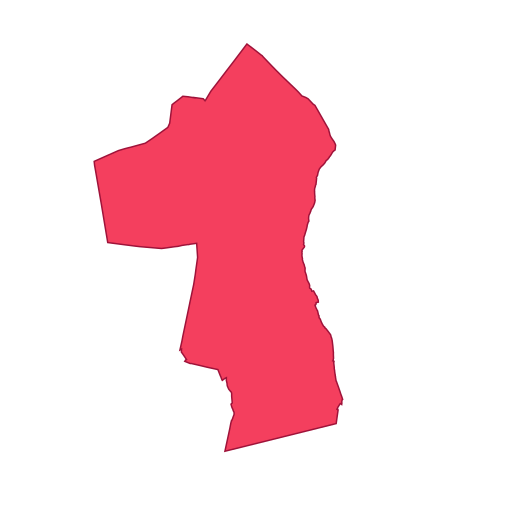 outline of Ermelo, Gelderland, Netherlands, rotated 238°
{"feature_id": "6326949B64614407924270", "entity_name": "Ermelo", "entity_type": "district", "adm_level": 2, "iso_a3": "NLD", "parent_name": "Netherlands", "parent_adm1": "Gelderland", "projection": "albers", "projection_center": [5.638, 52.286], "detail": "fine", "context": "isolated", "style": "filled", "palette": "rose", "viewbox_px": 512, "rotation_deg": 238, "n_neighbors": 0, "source": "geoboundaries", "source_scale": "gbopen_adm2", "svg_char_len": 5860}
<svg xmlns="http://www.w3.org/2000/svg" viewBox="0 0 512 512"><g transform="rotate(238 256 256)"><path d="M71.4,235.2L76.2,239.2L82.0,244.1L83.1,243.4L83.4,243.8L83.3,244.0L83.4,244.3L83.7,244.5L84.1,244.9L84.3,245.1L84.6,245.9L85.4,247.4L85.5,247.7L85.7,248.2L85.9,248.7L86.1,249.0L86.2,249.3L85.6,249.7L85.0,249.9L84.7,250.0L85.5,250.7L87.1,251.6L87.4,251.9L87.5,252.0L87.9,252.4L88.4,252.8L88.4,253.0L88.5,253.4L88.5,253.5L91.3,254.2L92.7,254.5L94.3,254.8L95.7,255.2L99.2,256.0L101.3,256.5L103.2,256.9L107.3,257.8L107.6,257.7L108.5,258.1L109.5,258.5L110.1,258.8L110.9,259.1L111.6,259.5L112.3,259.7L113.5,260.3L115.1,260.9L115.4,261.1L115.7,261.2L115.8,261.2L116.3,261.5L116.5,261.6L117.1,261.9L117.3,262.0L117.8,262.2L119.3,262.8L119.8,263.2L124.8,265.6L124.9,266.1L125.1,266.2L125.6,266.0L125.8,265.9L125.9,266.1L126.0,266.2L126.4,265.8L126.5,266.2L126.6,266.3L127.2,266.6L127.7,267.0L128.0,267.4L128.2,267.6L128.7,267.8L129.2,268.2L129.7,268.4L131.4,269.4L131.9,269.7L132.4,270.0L132.6,270.2L132.8,270.3L133.1,270.5L134.8,271.3L136.3,272.1L138.6,273.3L143.7,275.7L145.9,276.5L146.7,276.7L147.5,276.8L149.5,277.5L149.9,277.5L150.2,277.5L153.7,277.2L156.7,276.9L157.4,276.8L158.7,276.3L159.1,276.6L160.7,276.1L161.1,276.1L163.7,276.2L164.3,276.3L165.3,276.4L166.5,276.6L167.7,276.9L168.3,277.0L168.8,277.0L169.4,277.0L169.9,276.8L170.1,276.9L170.6,277.0L171.0,277.2L171.6,277.6L172.0,277.8L172.4,277.8L172.9,277.7L173.2,277.8L174.2,278.2L175.6,278.7L177.2,279.2L177.6,279.1L180.3,279.4L181.4,279.6L183.1,280.0L183.1,280.8L183.1,281.0L184.1,282.0L184.3,282.2L184.5,282.2L184.6,282.3L184.6,282.5L184.4,282.9L184.3,283.3L183.8,284.1L183.8,284.3L183.9,284.5L184.3,284.6L184.7,284.9L184.8,285.0L185.0,285.1L185.8,285.4L187.9,285.7L188.1,285.8L188.6,286.0L189.2,286.2L189.7,286.2L191.6,286.0L193.9,286.2L195.9,286.3L196.5,284.7L198.6,285.2L199.0,285.1L199.6,284.8L200.3,284.5L200.8,284.7L201.5,285.1L202.0,285.5L202.6,285.9L203.3,286.1L204.0,286.3L204.5,286.4L207.4,286.6L208.3,286.7L208.6,286.7L209.7,287.1L211.5,287.9L213.1,288.5L215.6,289.1L216.6,289.3L217.1,289.5L217.3,289.6L218.5,290.4L219.1,290.8L219.5,291.1L220.2,291.4L221.3,291.6L223.0,292.2L223.4,292.3L224.5,292.4L225.3,292.6L226.4,292.8L227.2,293.1L228.0,293.3L228.3,293.4L228.9,293.8L229.3,294.1L230.0,294.3L231.9,295.1L232.6,295.6L233.9,296.5L234.7,296.8L235.0,297.1L235.3,297.4L235.5,297.6L235.8,297.6L236.2,297.9L236.5,298.1L236.7,298.4L236.8,298.6L236.9,298.9L237.9,301.6L238.1,301.9L238.4,302.2L238.7,302.4L238.9,302.5L239.4,302.5L239.9,302.4L240.3,302.4L240.5,302.4L240.7,302.6L241.1,303.0L241.8,303.6L242.1,303.7L242.6,303.8L243.1,304.1L246.8,306.8L247.0,307.1L248.0,308.5L248.6,309.1L250.7,311.5L251.8,312.8L253.8,314.8L255.2,316.0L256.0,317.0L256.9,318.0L257.0,318.2L257.3,318.8L257.3,319.0L257.9,319.5L259.6,320.3L260.0,320.5L261.1,321.3L262.0,322.0L262.4,322.4L262.8,322.9L263.9,324.7L264.7,325.6L264.7,325.8L264.9,326.0L265.2,326.4L265.7,326.9L265.9,327.1L266.4,328.0L266.6,328.1L266.7,328.4L266.8,328.9L267.3,330.0L267.5,330.4L268.0,331.2L268.4,331.7L269.1,332.7L269.7,333.5L270.1,333.9L270.4,334.3L270.9,334.7L271.6,335.4L272.1,335.7L274.2,336.7L274.6,337.0L275.1,337.4L276.7,338.2L277.5,338.6L278.5,339.2L279.3,339.6L279.8,340.0L280.0,340.0L280.9,340.6L282.0,341.4L282.5,341.9L283.5,343.1L284.6,344.1L284.8,344.6L284.9,344.8L285.6,345.3L288.1,347.3L288.8,347.7L289.1,348.1L289.3,348.3L289.5,348.4L290.6,348.8L290.8,349.0L291.7,350.8L291.9,351.0L293.3,352.3L293.8,352.7L295.6,355.0L296.0,355.5L296.5,356.4L296.6,356.9L297.1,358.1L297.4,359.6L297.7,361.3L298.4,363.6L298.9,364.5L299.2,365.2L299.4,365.5L299.8,366.1L299.8,366.6L299.8,367.0L299.9,367.8L300.0,368.2L300.1,368.5L300.4,369.0L300.5,369.4L300.6,369.9L300.7,370.2L301.1,370.6L301.2,370.8L301.3,371.3L301.4,371.7L301.9,372.9L303.3,375.6L303.6,376.1L303.7,377.2L304.0,377.9L303.9,378.8L303.9,379.0L304.1,379.3L304.3,379.5L307.7,382.2L307.9,382.3L308.8,382.5L311.8,382.8L313.5,382.7L315.5,382.6L316.5,382.6L317.6,382.6L318.0,382.6L319.0,382.8L319.9,383.0L321.0,383.4L321.9,383.7L323.1,384.0L324.9,384.7L352.5,385.8L354.6,384.9L361.7,383.5L364.1,382.2L366.4,380.5L367.2,379.8L368.8,379.5L372.7,378.8L376.2,378.0L393.9,373.5L402.9,371.4L408.9,370.1L419.0,368.0L421.0,367.6L422.3,367.4L422.6,367.4L423.9,366.8L426.2,366.0L433.9,363.2L440.6,360.6L432.7,339.9L428.8,329.4L427.4,325.7L422.7,313.2L419.7,305.1L414.9,295.8L415.0,295.1L414.9,295.0L417.3,294.6L423.2,287.5L422.9,287.5L427.1,282.7L428.7,280.6L430.1,278.8L430.2,278.6L430.3,278.3L430.2,278.0L430.2,277.9L430.1,277.6L429.4,271.0L429.1,267.5L428.8,265.0L417.3,255.6L414.6,253.4L414.1,252.9L413.9,252.5L412.8,250.9L411.8,249.4L411.1,238.9L411.0,237.1L410.9,235.1L410.6,230.1L410.3,221.9L411.9,216.6L414.7,207.2L415.2,205.8L416.5,201.7L418.3,195.2L420.1,182.5L422.0,168.9L418.5,167.2L412.8,164.9L380.9,151.9L346.0,137.4L343.9,139.9L334.2,151.7L333.0,153.2L329.3,157.7L325.6,162.3L312.4,179.9L310.1,184.9L307.1,191.7L305.5,195.0L304.5,197.9L304.3,198.6L304.1,199.1L301.9,204.1L301.3,205.0L301.0,206.2L298.2,212.4L285.7,205.7L276.3,197.8L272.5,194.7L264.9,188.1L251.2,174.9L249.5,173.3L226.7,151.4L223.2,148.2L216.6,141.7L216.5,143.5L214.1,141.8L212.6,141.9L210.9,142.0L205.0,142.2L205.0,141.6L205.1,141.1L205.0,140.9L204.9,140.7L204.7,140.6L204.4,139.8L199.7,143.2L199.0,144.3L192.6,150.7L187.6,155.6L179.9,163.5L174.5,162.5L173.9,162.4L173.5,162.3L171.9,162.1L169.6,161.6L168.6,161.5L168.4,161.5L168.6,163.9L168.7,164.6L168.5,166.4L166.4,165.0L165.9,164.8L163.5,164.0L161.5,163.0L160.9,162.8L157.6,162.3L155.1,162.6L153.5,162.9L153.3,162.8L152.5,162.6L149.9,161.0L144.0,158.0L143.6,156.3L140.9,155.5L140.0,155.3L138.2,155.1L137.2,154.8L136.7,154.7L135.7,154.6L135.3,154.6L134.8,154.4L133.3,153.5L131.3,150.9L130.6,150.1L130.0,149.2L129.2,148.0L129.3,147.9L129.2,147.8L127.5,146.0L123.7,142.5L106.9,126.2L71.4,235.2Z" fill="#f43f5e" stroke="#9f1239" stroke-width="1.5"/></g></svg>